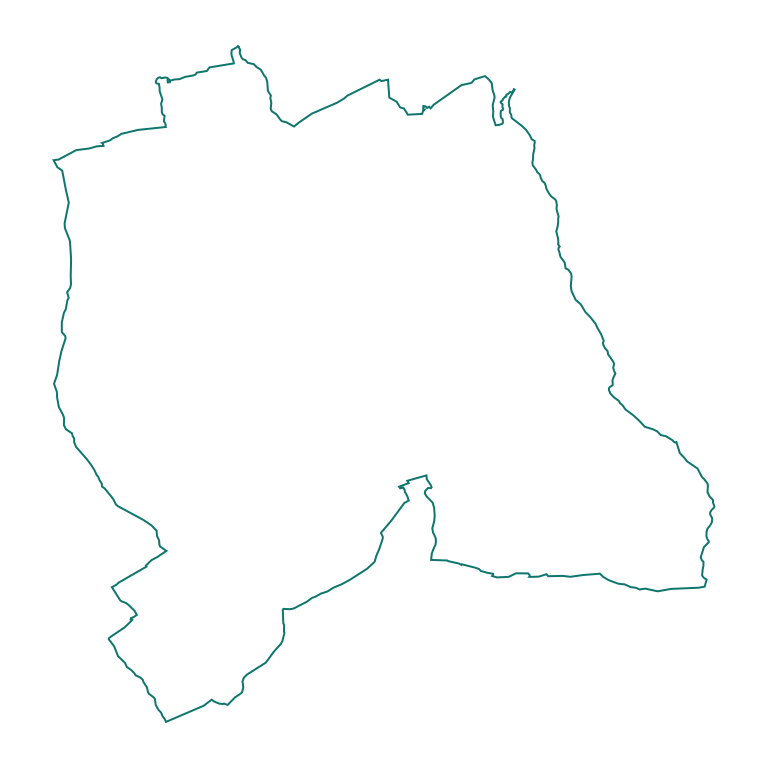 outline of Glavile, Vâlcea, Romania
{"feature_id": "2599482B20741019236133", "entity_name": "Glavile", "entity_type": "district", "adm_level": 2, "iso_a3": "ROU", "parent_name": "Romania", "parent_adm1": "Vâlcea", "projection": "equal_earth", "projection_center": [24.125, 44.814], "detail": "fine", "context": "isolated", "style": "outline", "palette": "teal", "viewbox_px": 768, "rotation_deg": 0, "n_neighbors": 0, "source": "geoboundaries", "source_scale": "gbopen_adm2", "svg_char_len": 6000}
<svg xmlns="http://www.w3.org/2000/svg" viewBox="0 0 768 768"><path d="M227.7,704.9L235.1,697.3L240.7,693.6L242.1,692.1L243.3,687.4L242.5,681.4L243.8,677.8L246.8,674.7L266.0,662.5L273.4,652.2L280.6,644.2L282.4,641.1L284.4,633.1L284.0,631.5L284.1,625.2L283.3,623.2L282.8,610.1L283.4,608.9L289.7,609.2L293.5,608.6L306.9,601.7L312.3,597.7L314.8,597.0L320.9,593.6L327.4,591.5L333.4,587.7L341.8,584.2L349.7,579.9L366.9,568.9L373.4,563.0L374.8,561.4L376.2,556.1L379.3,548.9L382.7,538.7L382.8,536.8L380.9,532.9L391.1,520.9L404.4,502.9L408.7,500.6L407.3,496.1L405.0,492.1L404.5,489.7L403.2,487.5L400.2,488.3L399.1,486.7L408.7,483.1L407.3,480.8L426.4,475.4L426.8,479.2L430.8,485.2L431.6,487.3L430.9,488.2L428.0,488.0L427.3,488.7L425.1,491.2L424.9,493.5L426.5,496.3L432.6,502.6L434.1,507.6L434.7,515.9L434.2,521.2L432.3,528.4L433.1,532.7L435.1,536.6L435.9,539.3L435.8,542.5L435.5,544.7L433.1,549.8L431.8,553.7L431.1,559.9L447.2,560.5L448.4,561.2L458.8,563.5L461.5,564.9L461.8,564.3L475.3,567.7L479.0,569.0L480.9,571.0L487.0,572.7L493.1,573.8L493.1,574.8L492.2,576.0L496.9,577.4L508.6,576.9L515.9,573.4L517.4,573.3L528.1,573.4L529.6,575.0L529.8,576.0L529.2,576.8L531.3,576.9L539.0,576.6L546.5,574.2L548.2,576.2L563.0,575.9L570.3,576.8L583.4,575.0L599.9,573.7L603.6,577.2L609.0,580.3L618.3,583.7L624.8,584.4L630.7,587.1L636.0,587.8L639.6,589.5L645.2,588.6L657.7,591.3L671.2,588.9L698.8,587.7L704.7,586.6L706.6,579.6L703.8,577.8L702.1,575.4L702.7,569.3L703.4,566.0L703.5,561.9L701.8,560.1L700.7,557.4L703.9,547.1L708.8,542.2L708.7,541.1L707.6,539.5L706.4,536.4L706.6,531.7L707.4,528.7L710.0,525.6L711.8,522.5L712.2,519.6L712.0,517.9L710.2,514.5L710.2,512.3L711.7,509.9L713.9,507.7L714.4,506.4L713.0,502.5L713.0,500.0L709.6,496.4L707.5,492.1L707.9,485.8L707.6,483.6L704.2,479.2L702.0,477.1L697.5,468.5L687.2,461.5L684.5,458.0L679.8,453.1L676.4,442.0L675.2,442.5L674.3,442.2L672.3,440.1L665.9,436.2L660.7,435.1L657.2,431.4L653.3,429.4L644.8,426.8L639.8,421.3L633.3,415.3L625.5,409.5L622.6,405.3L620.0,403.1L618.7,400.8L614.1,397.5L610.2,393.3L609.0,390.1L608.9,388.3L610.0,386.8L612.5,385.4L612.8,383.7L612.4,380.6L613.6,377.0L615.4,373.6L614.2,371.3L613.2,367.8L614.1,363.6L613.0,361.3L608.1,354.4L607.6,351.2L604.8,347.9L603.1,344.2L603.0,343.1L603.7,340.8L603.5,340.2L601.1,334.2L597.4,327.9L595.6,323.8L590.2,317.0L585.3,311.9L580.7,304.3L575.6,299.8L571.5,291.0L570.8,286.2L571.6,276.5L571.1,273.5L568.4,269.8L565.6,268.3L564.7,262.6L560.5,256.9L559.3,251.9L558.3,249.3L558.6,248.0L559.7,246.6L558.0,244.1L558.4,242.8L558.1,238.7L556.3,231.5L557.8,225.6L558.3,221.1L558.1,219.1L558.6,216.5L556.7,209.9L556.5,207.9L556.9,205.5L556.3,201.5L555.4,199.6L551.3,196.5L548.8,193.2L546.4,188.7L545.7,185.5L544.5,182.9L542.4,181.1L540.7,177.8L540.2,175.5L539.4,174.1L537.2,172.1L536.2,169.9L532.7,165.2L532.4,162.4L533.0,159.5L533.2,154.1L534.5,148.3L534.2,145.0L534.8,142.6L534.6,140.9L531.7,139.3L529.8,135.2L525.8,129.6L521.9,125.9L512.0,118.3L511.5,117.6L511.3,114.9L509.8,112.3L509.9,108.3L508.9,105.5L508.9,101.3L510.2,97.0L514.6,89.6L513.9,89.2L512.2,92.5L510.0,92.0L508.4,93.7L506.6,94.6L506.3,95.1L506.5,95.8L505.7,96.3L505.7,96.8L505.0,96.8L502.7,99.4L502.6,100.3L500.6,101.9L501.4,103.4L502.6,104.3L502.4,107.2L503.2,108.9L502.8,109.9L500.9,110.9L500.6,113.1L500.8,117.0L501.2,117.9L502.7,119.2L502.9,122.9L502.4,123.7L499.2,124.9L495.6,125.2L492.9,116.6L493.3,111.6L492.7,105.2L494.6,97.4L494.4,95.5L492.6,90.1L491.7,83.1L488.8,79.5L485.0,76.1L474.4,79.4L471.9,82.5L470.7,83.1L461.5,85.1L433.6,104.8L430.6,108.4L429.0,106.7L427.4,107.9L425.4,106.3L424.0,106.1L424.3,106.7L423.3,106.7L423.2,109.7L424.6,109.6L422.8,111.7L422.1,113.9L407.9,114.7L404.0,108.5L401.2,107.8L399.8,106.9L396.7,101.8L389.3,97.6L388.0,79.7L381.4,81.1L379.6,79.7L347.4,95.6L344.1,98.5L336.9,102.8L311.9,113.6L298.7,122.7L294.0,126.5L286.4,122.3L282.1,121.3L280.7,120.1L276.5,114.4L271.9,111.3L270.7,109.1L271.3,102.5L270.3,98.1L270.9,95.6L267.9,90.9L267.3,82.3L266.1,77.8L264.1,75.5L260.8,69.7L256.5,67.0L253.7,64.1L247.9,62.9L245.4,60.1L243.0,59.3L241.6,57.8L239.7,53.0L240.2,49.7L239.4,48.6L238.8,46.7L237.8,46.1L236.8,47.3L231.7,50.1L231.4,53.5L231.7,55.7L233.6,61.6L233.8,63.4L209.5,67.4L206.8,71.0L196.8,72.6L195.5,74.5L193.1,75.5L185.0,76.9L179.4,79.2L174.9,79.4L170.2,80.6L169.9,82.2L167.8,82.4L167.6,80.1L169.4,79.8L167.0,77.8L165.3,77.5L161.3,78.2L159.9,77.2L158.1,77.9L156.6,79.4L155.7,82.0L156.5,83.4L158.9,83.9L159.5,86.9L159.7,91.3L162.4,99.4L161.1,103.8L161.8,107.9L161.8,112.4L162.7,114.4L164.6,115.8L163.9,121.1L165.4,123.8L165.8,127.0L138.0,129.9L121.5,133.8L117.4,136.4L112.7,138.3L110.0,140.4L102.0,143.0L102.9,143.8L103.5,145.9L97.0,146.3L89.1,148.5L76.3,150.1L58.5,159.6L53.6,160.2L57.4,167.3L62.2,170.6L65.9,189.9L68.8,202.6L64.6,223.3L64.9,228.1L69.6,240.0L70.0,241.9L71.1,259.1L70.7,276.3L71.0,284.0L70.2,287.9L67.1,292.3L68.7,297.9L67.4,300.3L65.8,309.1L63.9,312.9L61.8,322.5L61.8,332.0L65.2,336.0L65.6,338.2L61.5,351.0L59.3,360.7L57.1,374.9L54.0,383.8L56.8,391.6L57.1,394.1L56.9,396.3L58.8,406.9L63.1,415.1L64.1,418.1L63.9,425.1L66.0,429.3L71.9,433.2L72.6,435.9L74.2,438.6L74.1,442.0L76.1,447.0L86.6,458.9L91.2,465.0L94.5,470.3L96.9,475.4L98.2,476.7L99.5,480.1L101.7,483.5L102.1,486.6L104.6,488.4L112.0,497.4L113.5,499.5L115.9,504.4L117.9,506.2L143.5,520.0L151.6,525.5L156.6,530.8L157.0,536.0L159.1,540.4L159.4,544.7L160.0,546.4L166.4,550.9L157.0,557.2L151.5,560.1L146.0,565.5L146.5,566.6L118.7,582.6L116.5,584.7L111.9,587.2L120.2,600.3L121.7,601.4L126.0,603.0L128.2,604.6L134.5,610.8L136.8,614.9L133.8,617.0L130.9,618.2L130.7,619.4L131.9,619.5L132.3,619.8L132.0,620.3L124.6,627.4L110.5,636.9L108.8,638.3L108.7,639.1L114.2,646.4L118.0,656.1L125.0,662.9L126.8,666.9L131.4,670.2L134.2,673.0L135.7,675.4L140.3,677.5L142.7,679.7L143.6,682.3L146.9,687.3L148.1,692.4L149.0,693.8L154.2,697.8L154.8,698.9L155.8,705.1L158.4,709.8L161.1,712.6L162.3,715.7L164.8,719.2L166.0,721.9L203.7,705.7L211.7,699.7L213.7,701.3L219.0,703.6L222.9,704.0L223.9,703.6L227.7,704.9Z" fill="none" stroke="#0f766e" stroke-width="2"/></svg>